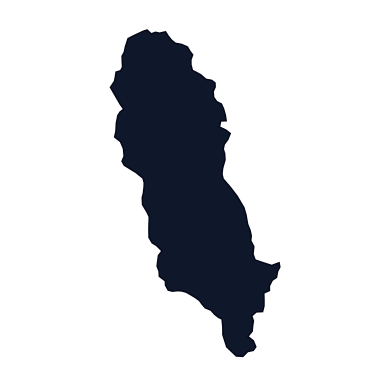 Nova Europa, São Paulo, Brazil, rotated 282°
{"feature_id": "56859067B62446917197419", "entity_name": "Nova Europa", "entity_type": "district", "adm_level": 2, "iso_a3": "BRA", "parent_name": "Brazil", "parent_adm1": "São Paulo", "projection": "orthographic", "projection_center": [-48.554, -21.778], "detail": "fine", "context": "isolated", "style": "filled", "palette": "ink", "viewbox_px": 384, "rotation_deg": 282, "n_neighbors": 0, "source": "geoboundaries", "source_scale": "gbopen_adm2", "svg_char_len": 1888}
<svg xmlns="http://www.w3.org/2000/svg" viewBox="0 0 384 384"><g transform="rotate(282 192 192)"><path d="M140.9,291.9L136.7,285.3L137.7,275.5L138.6,267.9L143.8,264.6L151.4,263.8L156.5,259.6L161.7,259.0L166.8,256.6L172.0,253.1L180.8,249.6L187.5,246.0L197.3,237.0L204.6,228.5L211.3,219.7L215.7,217.6L221.7,217.0L230.3,217.6L236.4,215.9L240.5,213.6L245.3,213.6L250.9,216.1L257.2,217.2L259.6,212.3L261.3,205.3L267.5,205.3L268.8,210.6L274.1,208.6L280.0,205.5L284.2,202.4L285.5,197.4L289.1,193.5L294.7,191.8L299.5,192.8L303.5,191.8L305.3,188.0L305.1,182.2L308.4,176.3L309.9,171.4L311.0,167.1L316.2,164.5L321.2,163.4L326.3,164.1L329.4,160.5L332.9,157.4L334.2,151.0L334.0,144.8L336.3,140.3L339.7,136.2L343.2,132.8L340.6,127.2L340.6,123.0L338.2,119.3L341.1,114.4L338.9,110.6L332.9,102.7L328.8,97.6L320.6,96.7L314.6,96.7L310.4,95.4L305.4,96.6L299.7,98.1L295.8,97.0L293.5,92.8L288.9,93.1L284.3,93.2L277.4,90.5L273.4,94.1L263.2,103.3L258.8,108.0L255.4,105.1L251.5,103.6L243.7,103.7L235.3,105.0L229.7,104.9L226.4,111.6L220.3,115.9L212.9,118.2L207.5,117.2L204.1,120.2L202.7,124.1L201.0,128.8L199.4,133.3L197.5,136.9L195.4,141.2L191.0,143.4L186.8,144.1L180.5,144.7L176.2,144.5L169.3,146.3L163.0,152.2L158.8,155.4L153.0,156.4L148.0,157.3L138.6,159.4L134.0,163.6L132.3,168.4L128.1,174.9L122.9,172.4L118.0,172.8L112.2,173.3L107.6,176.3L102.7,177.6L99.5,184.4L95.3,185.5L91.1,189.1L90.9,193.4L92.6,198.7L93.1,202.8L92.8,207.3L89.9,216.1L87.5,221.7L84.3,225.3L81.5,229.0L80.3,235.2L77.0,239.7L75.0,243.8L74.0,247.8L69.0,249.4L64.4,250.7L58.8,251.9L53.3,255.0L47.7,258.2L44.7,263.1L40.8,269.4L41.8,276.0L47.5,279.6L49.8,284.9L53.8,286.6L59.2,282.9L62.3,276.7L68.4,279.8L74.1,279.1L78.6,278.9L83.2,276.2L88.1,279.8L89.7,285.9L95.5,286.1L102.1,284.7L108.1,283.2L111.7,288.2L116.2,287.2L122.3,288.8L126.1,292.4L132.1,292.2L136.9,293.5L140.9,291.9Z" fill="#0f172a" stroke="#020617" stroke-width="1.5"/></g></svg>